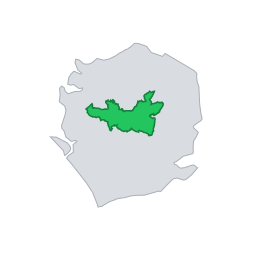 Tonkolili, Northern, Sierra Leone shown in context, rotated 31°
{"feature_id": "65957751B39959109464342", "entity_name": "Tonkolili", "entity_type": "district", "adm_level": 2, "iso_a3": "SLE", "parent_name": "Sierra Leone", "parent_adm1": "Northern", "projection": "mercator", "projection_center": [-11.945, 8.764], "detail": "fine", "context": "in_parent", "style": "filled", "palette": "green", "viewbox_px": 256, "rotation_deg": 31, "n_neighbors": 0, "source": "geoboundaries", "source_scale": "gbopen_adm2", "svg_char_len": 7083}
<svg xmlns="http://www.w3.org/2000/svg" viewBox="0 0 256 256"><g transform="rotate(31 128 128)"><path d="M208.2,126.4L208.0,128.0L206.5,135.7L204.1,142.4L202.5,144.0L195.7,145.7L192.8,148.6L190.4,158.0L188.8,165.4L186.4,166.7L176.5,177.3L170.0,181.3L165.4,184.8L161.1,189.3L155.7,193.7L149.9,201.1L145.8,208.8L142.9,211.2L140.8,209.1L130.9,201.5L120.5,196.4L98.2,187.9L90.8,185.5L91.1,182.5L93.6,176.9L89.5,170.5L91.1,165.7L89.5,165.7L86.3,168.6L79.5,167.8L75.0,163.7L71.4,162.2L69.8,160.2L67.4,149.5L65.7,144.7L62.3,141.7L55.5,140.9L52.7,134.4L48.9,129.3L49.5,126.2L52.6,126.4L55.0,128.7L58.9,129.6L63.7,124.1L68.1,121.2L69.1,118.6L68.5,117.1L65.9,119.4L58.7,118.8L56.9,120.8L53.7,121.4L51.2,115.0L51.4,111.2L52.4,107.1L59.6,106.3L60.2,105.0L55.2,104.1L48.9,99.3L47.8,95.9L50.9,94.8L53.9,95.3L56.5,96.0L59.3,94.8L61.9,93.0L63.5,90.7L65.6,84.4L72.4,82.3L76.4,78.4L80.2,72.5L82.0,68.3L83.6,66.2L84.5,64.4L85.3,62.4L87.0,60.5L88.8,56.1L90.0,52.0L93.9,50.1L101.9,48.4L109.1,51.3L120.8,48.8L121.4,45.0L132.1,44.9L144.8,44.8L155.4,44.8L159.0,45.8L160.3,48.6L163.8,53.1L167.5,56.1L172.0,62.9L177.2,70.7L182.8,77.8L186.5,81.6L186.9,83.0L186.6,84.5L184.8,88.1L183.3,92.0L183.5,93.5L184.5,94.2L190.4,95.4L191.0,99.7L191.0,105.7L193.9,111.3L196.6,115.4L196.5,116.9L189.8,123.9L187.2,130.9L185.9,132.9L185.3,134.4L186.7,135.2L188.5,134.7L191.1,135.3L193.5,135.5L196.8,133.0L202.2,126.6L204.1,125.8L208.2,126.4ZM88.7,182.8L87.9,184.2L84.3,180.7L66.0,175.6L71.2,172.8L83.9,172.0L87.7,173.6L89.4,174.9L90.0,177.5L88.7,182.8Z" fill="#d9dde1" stroke="#a8b0b8" stroke-width="1"/><path d="M82.2,132.7L82.2,133.1L82.3,133.4L82.7,133.5L83.0,133.4L83.5,133.5L84.0,134.1L84.5,134.1L85.1,135.8L86.4,136.0L88.1,136.9L89.2,137.0L90.6,136.9L91.3,136.6L92.0,136.8L92.6,136.2L93.2,135.9L93.5,135.6L94.0,135.5L94.4,135.7L95.2,135.4L95.5,135.4L95.9,134.6L96.9,133.8L97.0,133.5L97.5,133.6L97.9,133.4L98.3,133.5L99.3,134.6L100.7,134.8L100.7,135.1L101.0,135.1L101.0,135.3L101.1,135.2L101.1,134.9L101.4,134.8L101.5,134.5L102.3,133.7L103.6,133.4L103.6,133.7L104.4,133.9L105.0,133.5L105.7,133.6L106.8,133.2L107.5,133.0L107.8,133.2L107.7,133.7L107.9,134.2L108.3,134.7L109.2,135.0L109.6,135.3L109.5,135.7L109.7,136.1L110.6,136.5L111.4,137.1L112.3,137.6L112.7,138.3L113.3,138.4L113.7,138.8L113.6,139.0L114.6,139.0L115.0,139.7L114.8,138.9L114.9,138.0L114.6,137.2L114.9,136.9L114.8,136.5L114.5,136.6L114.3,136.8L113.8,136.7L113.1,135.3L114.3,133.8L114.4,132.9L114.9,132.6L114.8,133.1L115.2,133.2L115.4,132.5L116.3,132.4L116.9,131.4L116.9,132.2L117.0,132.3L118.0,132.9L118.6,133.0L118.8,133.2L119.0,133.1L119.3,133.3L119.4,133.2L119.5,133.4L119.8,133.5L120.1,133.5L120.4,133.7L120.7,133.6L120.8,133.3L121.2,133.1L121.5,133.2L122.1,133.1L122.5,133.3L123.1,133.3L123.9,133.6L124.8,133.1L125.9,133.3L126.3,133.1L126.5,132.5L127.2,131.9L127.6,131.8L127.8,131.9L128.3,131.4L128.4,131.5L128.8,131.3L129.1,131.3L129.2,131.0L129.4,131.1L129.4,130.7L129.5,130.6L129.5,130.8L130.1,129.9L130.5,129.7L130.7,129.1L130.6,128.8L130.9,128.8L131.1,128.4L131.3,128.1L131.1,127.3L130.9,127.0L131.1,126.4L132.1,126.8L133.4,127.1L136.7,126.9L138.4,126.2L138.9,126.1L138.6,125.9L138.7,125.3L138.6,124.5L139.1,124.1L139.4,124.3L140.2,124.3L141.1,123.9L141.6,123.5L143.7,123.7L145.5,122.9L146.8,122.9L147.6,122.7L148.1,122.8L148.2,122.7L148.5,122.9L149.3,123.0L149.4,123.3L149.3,123.5L149.6,123.8L150.1,123.6L150.2,123.3L150.5,123.2L150.5,122.9L150.8,123.0L151.0,122.6L151.7,122.3L151.9,122.1L151.9,121.7L152.0,121.5L151.8,120.5L151.7,120.2L151.4,119.1L151.2,118.9L151.3,117.9L151.5,117.7L151.3,117.0L150.7,116.7L149.9,115.3L150.0,115.0L149.6,114.2L149.7,113.9L149.5,112.8L149.4,112.5L149.1,112.4L148.9,112.0L149.0,111.6L148.8,110.9L148.3,110.4L148.2,109.8L147.9,109.6L147.9,109.2L147.1,107.7L146.9,106.9L146.4,106.1L145.7,105.7L144.4,106.4L144.3,106.6L144.2,107.1L142.4,107.0L141.1,106.7L140.5,106.7L140.2,106.1L140.6,106.1L140.6,105.7L141.0,105.2L141.1,104.5L141.3,104.5L141.2,104.3L141.4,104.3L141.7,103.8L141.8,103.5L142.1,103.4L142.2,103.0L142.4,103.3L142.8,103.0L142.9,102.8L142.9,103.0L142.7,103.2L142.9,103.5L143.3,103.3L143.4,103.5L143.6,103.6L143.7,103.8L143.8,103.7L144.1,102.4L144.3,102.4L144.4,102.6L144.6,102.8L144.8,102.5L144.7,102.3L145.1,101.7L145.2,100.9L145.5,100.8L145.6,100.4L145.7,99.4L145.8,99.2L146.0,99.3L146.3,99.3L146.3,98.8L146.5,98.7L146.5,98.2L146.7,97.8L146.5,97.6L146.5,97.2L146.0,96.7L146.1,96.2L146.3,96.0L146.3,95.2L146.2,95.0L146.4,94.6L146.4,94.1L146.4,93.2L146.3,92.5L146.5,91.8L146.3,91.6L146.3,90.4L146.1,89.8L145.9,89.7L145.6,89.1L145.4,89.2L145.3,88.8L144.9,88.6L144.5,88.9L144.0,88.5L143.8,88.7L143.6,88.6L143.2,89.0L142.7,89.7L142.3,89.8L142.1,90.0L141.9,89.8L141.4,90.2L141.1,90.3L140.4,90.6L140.0,90.4L139.6,91.2L139.1,91.6L139.2,92.1L138.6,92.4L137.3,94.0L135.9,95.2L135.6,95.7L135.5,95.0L135.2,94.3L134.3,93.5L133.3,93.0L131.8,92.5L132.0,91.6L132.0,91.3L132.3,90.6L132.2,90.5L132.2,89.5L132.4,88.2L132.2,88.0L132.2,86.2L132.0,84.8L132.0,83.7L131.7,82.9L130.4,84.2L130.0,85.4L127.5,85.4L127.5,87.3L127.1,87.7L126.7,87.8L126.2,88.6L126.4,89.4L125.5,90.1L125.3,90.6L125.1,92.1L125.6,92.8L126.3,92.9L126.5,93.2L126.5,93.7L126.7,94.1L127.5,94.6L128.1,94.7L129.3,95.3L129.4,95.6L129.1,95.6L129.0,96.4L128.7,96.3L128.4,96.9L128.2,96.9L127.9,97.4L127.4,97.5L127.3,97.9L126.7,97.7L126.2,97.1L126.3,97.5L126.2,97.7L125.6,97.5L125.8,98.0L125.3,98.7L125.2,98.8L124.6,98.5L123.9,98.9L123.6,99.3L123.9,99.5L123.6,100.0L123.2,100.0L122.7,100.1L123.1,100.7L123.1,101.0L123.5,101.2L123.4,101.5L123.6,101.6L123.4,103.0L123.5,103.7L123.7,104.2L123.8,105.1L123.6,105.2L123.4,105.7L122.9,106.2L123.1,106.4L122.9,107.1L122.9,107.6L122.8,107.9L123.0,109.1L122.8,109.6L123.1,110.0L122.9,110.5L122.7,110.4L122.7,111.0L122.2,111.3L121.9,111.9L121.5,111.8L121.3,112.2L121.0,112.1L119.6,112.9L119.2,113.3L116.9,114.4L116.7,115.3L116.4,115.8L116.1,115.9L115.7,115.7L115.3,115.7L115.3,115.4L115.2,115.4L114.9,115.9L114.7,115.9L114.5,115.3L114.3,115.2L113.9,115.2L113.5,115.5L113.4,115.0L113.5,114.6L113.3,114.5L112.8,114.6L112.7,115.2L112.9,115.6L112.8,115.8L112.4,115.7L111.7,116.1L111.2,116.2L110.9,116.7L110.6,116.7L110.0,115.2L109.5,114.5L108.5,114.3L107.2,112.6L106.8,112.7L106.1,113.5L105.8,113.6L105.5,113.2L105.3,113.2L105.0,113.5L105.0,114.0L104.7,114.0L103.6,113.3L102.9,112.3L102.7,112.6L102.7,113.3L102.6,113.8L102.3,114.1L101.9,114.2L101.7,113.8L102.2,113.6L102.2,112.6L102.5,112.2L102.1,111.9L101.9,112.0L101.4,112.4L101.1,112.2L100.9,111.6L100.5,111.5L100.3,111.8L100.1,112.7L99.4,113.5L100.0,113.9L99.8,114.3L99.5,114.4L98.9,113.7L98.9,114.2L98.8,114.3L98.0,114.9L97.3,115.2L96.7,114.9L96.5,114.4L96.2,114.7L96.3,115.2L95.8,115.8L96.0,116.4L95.9,116.5L95.3,116.5L95.7,117.4L95.9,117.6L96.9,118.0L97.5,118.1L98.2,118.6L99.2,118.4L99.4,119.8L99.8,120.4L100.7,120.8L101.2,121.6L100.7,122.5L99.7,123.0L99.5,123.3L99.1,123.2L98.8,123.2L96.8,125.3L95.8,125.7L94.4,126.1L92.9,126.1L90.1,127.6L88.2,128.1L88.0,128.9L87.6,129.2L86.6,128.5L86.3,127.5L86.0,127.5L85.8,127.3L85.7,126.5L84.7,125.7L84.2,127.1L83.7,129.6L83.1,130.8L83.0,132.3L82.8,132.5L82.2,132.7Z" fill="#22c55e" stroke="#15803d" stroke-width="1.5"/></g></svg>